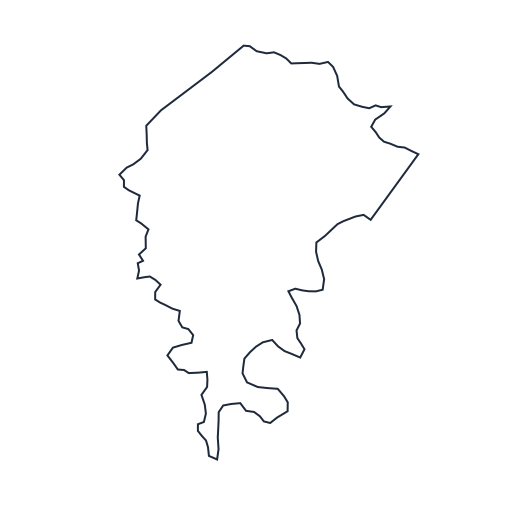 Frei Rogério, Santa Catarina, Brazil (Robinson projection), rotated 8°
{"feature_id": "56859067B51954921272382", "entity_name": "Frei Rogério", "entity_type": "district", "adm_level": 2, "iso_a3": "BRA", "parent_name": "Brazil", "parent_adm1": "Santa Catarina", "projection": "robinson", "projection_center": [-50.763, -27.212], "detail": "fine", "context": "isolated", "style": "outline", "palette": "slate", "viewbox_px": 512, "rotation_deg": 8, "n_neighbors": 0, "source": "geoboundaries", "source_scale": "gbopen_adm2", "svg_char_len": 2035}
<svg xmlns="http://www.w3.org/2000/svg" viewBox="0 0 512 512"><g transform="rotate(8 256 256)"><path d="M245.8,462.9L245.8,452.5L243.4,441.1L242.5,430.9L241.9,424.5L240.8,415.9L244.3,408.6L252.0,406.0L260.9,403.9L267.7,410.7L275.8,410.7L282.2,414.2L286.8,418.7L293.3,419.4L299.3,413.1L308.9,405.3L307.8,396.5L303.3,391.0L296.0,384.5L285.7,385.2L275.9,385.5L264.7,382.4L259.0,374.1L258.8,367.2L258.8,359.2L263.5,352.0L268.6,345.8L274.8,340.5L283.7,336.9L290.4,342.4L297.5,346.2L304.6,347.9L313.9,350.4L317.0,341.6L312.5,336.1L308.4,331.6L306.5,324.1L309.0,316.7L307.2,308.2L303.1,299.9L296.9,291.9L293.0,286.4L299.5,282.9L306.5,283.6L312.9,283.6L320.2,282.7L326.7,280.1L326.7,269.5L323.1,260.4L318.2,252.2L314.9,243.5L313.9,234.2L321.7,226.3L327.2,219.4L332.3,213.1L337.6,209.4L343.2,206.3L348.9,203.1L356.8,200.3L364.5,204.2L402.6,132.6L395.7,130.5L388.1,127.9L381.0,128.1L373.4,126.1L366.8,125.0L361.5,121.5L357.4,116.8L352.1,112.0L355.1,104.3L363.3,96.8L368.3,89.2L359.2,91.2L353.5,90.2L347.6,93.9L340.5,93.5L332.0,92.2L324.8,87.3L319.3,81.1L314.6,76.7L311.3,66.3L306.0,58.0L300.3,53.8L292.2,56.9L284.1,56.9L273.3,58.8L264.1,60.4L258.5,56.2L252.3,53.6L245.5,51.8L238.3,53.8L228.1,53.1L220.6,49.1L214.5,49.4L187.0,79.5L141.6,125.0L129.2,142.3L130.9,151.3L132.2,159.2L133.9,166.2L128.3,175.8L121.6,182.4L115.6,186.5L109.4,194.5L114.7,199.3L115.6,205.9L120.9,208.6L126.3,210.4L132.4,212.4L131.8,220.3L132.2,230.2L132.4,237.3L137.7,239.7L145.8,244.6L144.0,252.2L145.8,263.7L139.9,270.8L144.8,276.5L139.9,279.6L142.2,286.7L141.6,294.8L148.2,292.6L153.7,291.1L159.7,293.7L165.5,297.7L161.2,305.7L162.2,313.1L167.6,315.5L172.9,317.1L180.6,319.8L188.2,321.0L188.3,331.0L192.9,336.9L199.2,337.8L204.8,343.1L204.2,350.9L195.0,354.4L186.5,358.3L182.1,366.8L188.9,373.4L194.4,379.3L200.6,378.9L205.7,381.3L214.9,379.6L223.4,377.6L225.1,385.2L225.8,392.5L221.3,401.1L226.0,410.4L228.3,419.0L227.5,427.6L221.9,430.7L222.8,437.3L227.2,441.5L232.2,445.7L235.1,452.1L237.2,460.5L245.8,462.9Z" fill="none" stroke="#1e293b" stroke-width="2"/></g></svg>